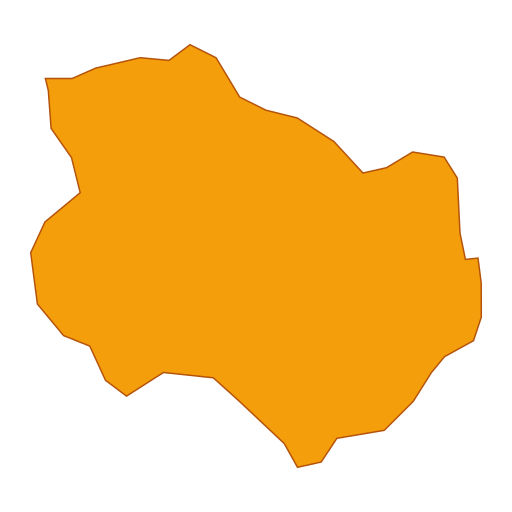 outline of Fagersta, Västmanland, Sweden
{"feature_id": "70781695B50955826038578", "entity_name": "Fagersta", "entity_type": "district", "adm_level": 2, "iso_a3": "SWE", "parent_name": "Sweden", "parent_adm1": "Västmanland", "projection": "albers", "projection_center": [15.915, 59.966], "detail": "fine", "context": "isolated", "style": "filled", "palette": "amber", "viewbox_px": 512, "rotation_deg": 0, "n_neighbors": 0, "source": "geoboundaries", "source_scale": "gbopen_adm2", "svg_char_len": 674}
<svg xmlns="http://www.w3.org/2000/svg" viewBox="0 0 512 512"><path d="M30.7,252.7L37.4,304.0L63.6,335.6L89.8,346.1L105.5,380.3L126.5,396.1L163.4,372.5L213.3,377.8L239.6,401.5L284.3,443.6L297.5,467.3L315.9,463.2L321.2,462.0L336.9,438.3L384.3,430.3L413.2,401.4L431.5,372.4L444.6,356.6L470.2,342.5L473.5,340.7L481.3,317.1L481.2,282.9L478.0,258.1L465.4,259.4L460.0,233.1L457.3,178.1L444.1,157.1L412.6,152.0L386.5,167.7L362.9,173.0L334.0,141.6L297.3,118.0L265.9,110.2L239.7,97.1L216.1,57.8L190.0,44.7L169.0,60.4L140.2,57.7L95.7,68.1L72.1,78.5L45.4,78.5L48.3,90.4L51.1,128.4L71.5,157.6L80.2,192.7L45.0,221.9L30.7,252.7Z" fill="#f59e0b" stroke="#b45309" stroke-width="1.5"/></svg>